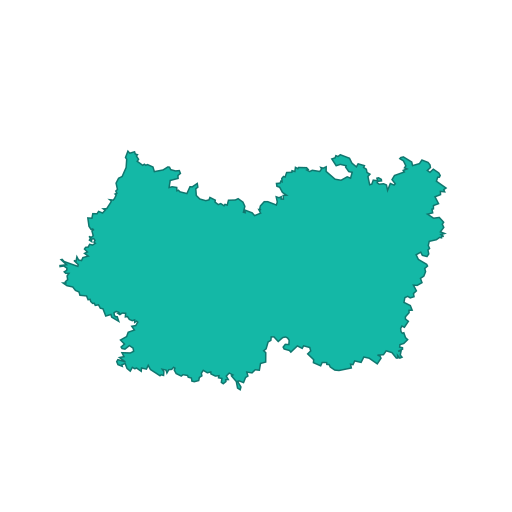 Netrakona, Dhaka, Bangladesh, rotated 295°
{"feature_id": "16705992B47191620994273", "entity_name": "Netrakona", "entity_type": "district", "adm_level": 2, "iso_a3": "BGD", "parent_name": "Bangladesh", "parent_adm1": "Dhaka", "projection": "equal_earth", "projection_center": [90.87, 24.887], "detail": "fine", "context": "isolated", "style": "filled", "palette": "teal", "viewbox_px": 512, "rotation_deg": 295, "n_neighbors": 0, "source": "geoboundaries", "source_scale": "gbopen_adm2", "svg_char_len": 6113}
<svg xmlns="http://www.w3.org/2000/svg" viewBox="0 0 512 512"><g transform="rotate(295 256 256)"><path d="M393.9,399.9L395.5,398.1L397.9,399.5L400.0,387.9L404.2,387.4L404.9,388.9L406.8,388.9L408.5,386.6L409.6,380.0L405.3,378.3L405.9,375.1L409.9,376.7L412.1,375.2L413.5,372.4L413.1,365.8L408.8,365.1L404.1,359.7L407.0,357.4L408.1,347.7L406.4,345.6L405.0,345.2L404.5,349.5L401.0,353.7L398.6,353.3L398.7,356.0L395.8,353.2L394.8,354.9L387.5,347.5L382.7,347.0L380.3,351.7L378.6,351.1L378.5,347.1L371.1,347.5L375.5,344.2L375.4,341.1L373.1,337.3L373.6,334.8L375.1,334.7L377.1,338.0L378.4,337.2L378.7,334.0L377.6,332.7L375.6,334.5L374.3,330.2L370.1,330.6L368.6,328.9L375.4,323.8L378.3,324.7L378.6,321.3L381.3,319.3L381.7,316.1L383.7,316.1L382.7,309.6L379.2,309.3L380.7,303.7L384.1,299.4L383.4,289.6L380.8,288.3L380.7,286.0L378.4,286.2L376.0,283.7L371.7,290.5L374.7,293.7L375.9,299.5L374.4,299.7L371.7,304.4L372.5,307.8L366.5,308.8L366.3,305.2L360.6,301.1L359.0,295.2L362.3,283.8L366.5,281.9L364.0,279.8L363.6,277.3L362.5,278.7L359.5,278.0L357.5,270.8L355.2,268.9L355.4,265.7L356.5,266.7L357.4,264.5L354.2,257.1L352.8,257.0L353.0,254.3L349.0,255.5L348.5,252.6L347.0,253.1L344.6,248.5L339.9,249.0L339.7,247.3L337.2,246.6L334.3,248.2L334.4,246.9L332.2,247.0L330.4,243.9L328.0,245.5L328.3,248.4L324.8,253.1L324.0,258.0L322.3,255.0L319.1,256.8L318.2,254.7L320.3,253.8L318.5,252.2L318.2,249.3L313.9,252.5L310.8,252.9L310.2,243.7L308.7,240.5L303.2,238.8L300.2,239.5L299.9,241.0L299.3,238.9L296.8,242.1L292.0,237.7L293.5,234.3L292.9,226.2L290.7,227.9L290.3,226.1L296.3,224.9L299.3,221.4L300.4,215.6L298.0,213.6L294.9,207.5L289.9,208.4L289.7,206.1L288.0,205.8L288.6,201.9L286.6,200.0L287.6,196.0L289.4,195.5L289.6,189.5L287.0,189.7L284.9,187.1L283.9,181.0L285.6,176.3L291.5,173.0L293.8,174.2L296.9,172.1L291.7,169.0L290.9,166.9L283.4,167.0L282.0,160.0L282.8,157.9L281.7,156.7L284.6,155.2L283.3,150.7L281.3,148.3L288.2,146.3L293.4,152.6L296.0,151.2L298.9,152.6L301.0,150.4L299.1,147.2L298.2,142.2L299.9,140.1L299.5,138.5L294.7,135.4L289.5,128.2L293.1,125.0L293.0,119.0L291.6,117.8L292.0,116.0L290.3,115.0L291.6,108.3L294.0,108.7L296.1,105.3L297.7,105.7L297.4,103.5L299.1,101.9L295.8,98.1L296.9,95.6L290.1,96.1L289.1,97.9L281.3,100.9L271.5,101.1L268.4,98.6L262.9,98.4L257.8,102.3L255.6,101.5L254.1,103.4L252.6,102.1L252.2,103.5L248.5,103.5L246.3,103.0L245.2,99.7L244.7,101.6L243.0,101.7L235.8,100.7L234.2,97.7L233.8,100.0L230.1,98.8L229.9,94.5L227.1,94.1L225.4,90.2L220.9,91.3L219.4,87.5L212.3,92.1L210.4,95.2L211.5,96.6L211.0,97.6L209.4,96.7L205.6,99.9L203.3,98.9L203.2,96.4L202.3,98.4L200.0,98.3L199.6,101.0L201.5,99.7L203.2,101.5L202.1,103.5L200.1,103.3L199.6,105.0L196.8,103.2L196.3,100.3L193.1,100.1L191.8,97.9L189.8,97.6L188.4,101.5L185.9,99.5L185.0,104.0L181.4,99.8L178.1,99.8L177.4,96.9L179.6,94.0L175.2,95.1L175.0,92.9L173.0,98.6L171.3,98.9L169.9,84.4L171.0,81.7L170.3,80.9L168.0,88.0L164.5,82.4L163.6,82.9L165.7,86.0L165.1,89.8L163.0,90.5L160.6,88.9L159.9,90.9L161.2,93.8L158.1,93.2L155.0,95.3L152.2,94.1L151.3,95.1L150.0,92.6L149.2,97.2L150.5,103.0L148.5,106.9L148.6,110.8L146.0,113.0L148.2,119.3L145.4,122.3L146.6,124.0L144.9,125.4L144.0,128.0L144.8,129.5L143.3,131.2L145.2,133.9L142.9,137.0L143.5,139.6L138.1,145.2L141.7,149.2L139.6,151.0L138.8,159.2L142.3,155.9L141.6,154.2L142.5,152.6L144.6,151.3L146.7,152.7L147.0,155.4L146.2,156.9L145.6,155.6L145.3,157.4L147.7,158.8L149.0,162.1L145.6,163.3L146.8,165.1L145.0,168.0L145.1,171.2L146.8,173.0L144.6,174.1L146.5,175.3L146.1,176.8L142.1,176.4L139.8,173.1L137.5,177.1L132.9,172.4L128.3,172.8L122.6,168.7L120.6,174.0L116.5,172.2L115.5,173.7L116.2,176.6L121.3,179.1L120.6,183.5L117.9,185.4L115.0,183.1L111.7,175.4L109.0,178.9L106.3,175.2L104.8,182.4L103.7,174.6L101.4,174.4L99.2,176.8L99.5,181.4L100.6,180.4L103.3,182.8L99.6,186.6L98.5,190.7L102.8,191.0L102.6,193.9L104.0,194.9L103.0,200.7L106.1,199.6L107.2,204.5L111.4,204.5L108.5,208.3L106.9,219.6L108.3,220.3L108.7,222.7L112.2,221.4L113.7,218.9L114.6,222.7L112.3,224.7L116.1,225.0L117.6,227.5L120.3,228.4L120.1,230.0L118.1,230.1L115.7,233.3L115.6,239.0L117.6,240.0L118.8,244.5L117.5,245.8L118.1,249.0L115.5,250.8L116.0,253.2L118.9,256.7L122.0,256.0L124.5,257.6L126.7,256.0L130.1,256.5L129.6,261.3L131.8,264.0L130.1,265.0L130.0,269.9L131.9,273.0L129.8,273.5L130.6,276.8L126.8,278.0L126.4,280.3L129.5,281.8L131.1,280.8L132.3,283.1L134.6,279.8L138.6,281.2L138.4,285.3L137.0,284.4L133.9,291.2L128.5,295.1L128.1,298.2L130.9,297.7L134.6,292.3L135.7,293.6L136.0,298.2L141.5,297.9L143.8,299.4L146.9,296.7L148.4,301.8L152.6,303.4L153.9,307.3L160.5,305.5L164.0,309.6L172.5,305.7L173.4,303.0L176.1,304.4L183.2,303.3L185.8,305.1L189.1,304.0L190.3,306.4L187.9,312.3L193.4,314.7L195.1,317.0L195.1,319.2L193.6,321.7L189.6,323.2L188.3,319.9L184.9,319.1L183.6,320.8L184.5,326.3L183.6,328.2L192.0,331.5L191.8,336.9L194.7,337.1L195.8,343.4L193.1,345.7L189.1,344.2L186.4,352.1L183.6,353.1L183.8,361.0L187.5,361.0L189.3,365.1L187.7,366.0L188.5,368.2L186.8,370.2L185.9,375.6L187.3,379.6L194.8,389.7L197.9,387.4L198.5,389.8L202.6,389.8L204.0,396.2L210.0,396.4L211.2,401.7L209.5,411.5L216.2,412.5L217.7,410.7L217.5,408.0L220.4,413.2L225.1,414.1L225.9,420.0L222.8,426.3L223.5,427.7L225.7,426.4L224.2,429.5L226.0,431.1L227.2,428.6L231.4,427.6L229.7,425.1L233.5,428.2L234.8,427.5L234.1,424.7L236.5,423.9L239.2,426.9L244.3,428.8L245.2,426.0L248.9,422.4L247.8,421.3L248.8,419.3L251.5,417.7L254.2,417.9L254.1,420.6L261.2,421.7L262.0,418.1L264.0,417.1L269.3,418.7L271.4,417.6L272.9,420.4L276.3,416.8L276.5,409.7L281.2,408.5L283.6,410.6L283.2,413.5L285.9,416.4L288.5,414.6L292.2,416.1L296.1,411.0L297.5,414.5L302.0,417.7L305.2,414.5L308.7,416.6L313.5,416.3L316.0,414.2L319.4,415.7L320.6,414.2L321.5,404.6L324.8,400.6L329.1,403.7L326.9,406.5L327.8,411.2L330.9,411.7L334.1,409.3L336.2,410.1L338.3,407.7L342.5,406.8L347.0,412.6L350.4,414.5L350.9,416.5L352.7,415.9L353.0,417.9L353.6,414.6L356.1,417.4L355.8,412.9L361.3,414.1L363.5,411.4L365.9,411.8L368.4,405.8L365.3,401.0L366.4,393.7L369.8,397.9L372.8,395.7L373.7,396.9L376.7,395.5L380.6,399.3L385.3,393.2L389.6,397.3L392.5,395.8L393.9,399.9Z" fill="#14b8a6" stroke="#0f766e" stroke-width="1.5"/></g></svg>